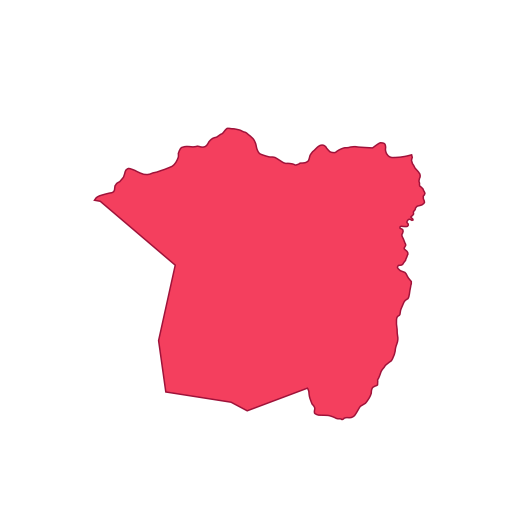 outline of Concepcion del Norte, Santa Bárbara, Honduras, rotated 208°
{"feature_id": "27666195B83533862193287", "entity_name": "Concepcion del Norte", "entity_type": "district", "adm_level": 2, "iso_a3": "HND", "parent_name": "Honduras", "parent_adm1": "Santa Bárbara", "projection": "mercator", "projection_center": [-88.152, 15.199], "detail": "fine", "context": "isolated", "style": "filled", "palette": "rose", "viewbox_px": 512, "rotation_deg": 208, "n_neighbors": 0, "source": "geoboundaries", "source_scale": "gbopen_adm2", "svg_char_len": 6083}
<svg xmlns="http://www.w3.org/2000/svg" viewBox="0 0 512 512"><g transform="rotate(208 256 256)"><path d="M424.8,229.4L419.2,231.2L323.0,210.0L302.3,135.6L271.8,93.6L209.4,115.2L191.1,115.2L148.6,163.4L148.0,163.1L147.3,162.6L145.9,161.4L144.1,158.7L142.9,157.1L141.5,155.6L139.2,153.5L137.8,152.3L136.9,151.6L136.5,151.4L135.2,151.0L134.6,150.7L133.6,150.1L132.9,149.5L132.6,149.1L132.3,148.6L132.2,148.2L132.0,147.6L131.8,147.0L131.6,146.4L131.4,146.0L130.7,144.9L130.1,144.6L129.2,144.5L128.1,144.5L127.0,144.7L126.0,144.9L125.2,145.3L120.8,147.5L118.1,148.8L117.1,149.2L116.1,149.5L114.6,149.8L112.7,150.1L110.6,150.3L108.9,150.3L108.5,150.4L107.6,150.6L106.7,151.0L105.5,151.7L104.8,151.9L104.4,152.0L103.7,151.9L103.3,152.0L102.9,152.3L102.6,152.7L102.3,153.1L102.1,153.8L102.0,154.2L101.6,154.6L101.1,155.1L100.2,155.8L99.7,156.1L98.1,156.8L97.2,157.3L96.3,157.9L95.9,158.3L95.4,158.9L95.0,159.5L94.6,160.1L94.4,160.6L94.1,161.3L94.0,161.9L93.9,162.6L93.7,165.0L93.5,170.7L93.4,171.5L93.3,172.2L93.1,172.6L90.4,177.1L90.2,177.5L90.1,178.1L89.8,179.6L89.6,181.5L89.4,183.6L89.4,185.8L89.5,187.0L89.7,188.3L89.8,188.9L90.6,190.7L91.0,191.8L91.3,193.4L91.3,194.1L91.2,194.8L90.8,195.5L90.0,196.8L88.8,198.1L88.4,198.7L88.2,199.3L89.7,202.5L90.5,203.7L90.4,205.6L90.6,207.9L90.9,210.1L91.3,212.7L91.2,215.0L90.6,217.9L90.4,220.2L89.7,221.9L88.4,224.9L87.3,227.0L87.2,229.3L87.4,231.4L87.6,233.8L88.1,235.9L88.5,237.4L89.2,239.1L89.7,240.7L90.1,242.6L90.4,244.6L90.8,246.7L91.5,248.7L92.3,250.3L95.1,254.2L97.0,257.5L100.0,261.8L102.1,265.8L102.7,267.7L102.6,268.8L102.3,269.8L101.6,270.9L101.5,272.0L102.8,275.8L103.1,277.5L103.7,284.6L103.4,286.8L102.7,288.2L101.8,289.7L101.9,291.6L102.7,294.4L103.9,297.7L104.8,300.7L105.6,303.1L105.8,304.3L106.9,306.4L108.0,306.8L111.1,308.1L112.9,309.2L115.0,310.7L116.8,311.4L121.8,310.8L124.5,311.5L125.6,312.1L126.0,313.2L125.8,314.6L123.6,316.0L122.6,317.3L122.5,318.6L122.4,319.8L121.9,322.3L122.2,323.5L122.4,326.1L122.7,327.8L122.7,328.9L123.3,329.8L123.7,330.3L124.9,331.0L126.1,331.3L126.8,331.4L128.5,331.9L128.9,332.6L128.8,335.6L129.4,336.6L130.6,337.4L133.7,340.1L135.5,341.4L136.6,342.3L137.3,343.5L137.3,345.1L137.7,346.8L138.6,348.0L139.8,348.3L141.2,348.1L141.7,348.1L142.2,348.4L142.5,349.4L141.9,350.3L141.2,350.7L140.3,351.0L138.5,351.8L137.0,352.6L136.2,353.3L136.0,354.7L136.6,355.7L137.7,356.1L138.6,356.6L138.9,357.5L138.8,358.5L138.8,359.1L138.1,360.4L136.7,360.7L135.0,360.7L134.3,361.5L134.7,362.1L135.4,362.4L136.6,362.7L137.0,362.8L137.6,363.1L137.3,364.2L136.8,365.3L136.6,367.1L137.7,368.7L137.7,369.7L137.4,370.5L137.3,372.0L137.7,373.2L137.2,375.4L136.4,376.3L134.9,377.6L133.5,379.0L132.5,381.1L132.4,382.4L133.2,383.5L135.1,385.1L136.4,387.3L136.2,388.5L136.0,389.0L136.3,390.7L137.5,391.7L138.5,392.3L140.2,393.7L142.6,394.4L144.4,394.7L145.2,395.8L145.7,396.9L146.2,397.5L147.3,398.6L148.1,401.4L148.2,402.7L148.7,403.9L149.8,405.3L152.3,406.6L155.0,407.6L156.9,408.3L159.5,410.1L161.1,410.9L163.6,413.4L164.1,415.2L164.3,416.4L166.1,418.4L169.5,415.3L171.3,413.8L172.9,412.6L175.2,410.9L178.9,408.6L181.0,407.4L181.9,406.9L182.5,406.7L183.1,406.5L183.9,406.4L184.7,406.3L185.5,406.4L186.1,406.5L186.8,406.7L188.0,407.3L188.7,407.6L189.6,408.3L190.2,408.9L190.6,409.3L191.4,410.3L191.9,411.2L192.5,412.7L193.2,413.8L194.0,414.7L194.6,415.2L195.1,415.4L195.4,415.5L195.7,415.5L196.1,415.5L196.7,415.4L197.4,415.2L198.9,414.6L199.3,414.4L199.6,414.1L200.2,413.3L200.7,412.5L201.5,411.0L203.1,407.7L203.8,406.2L205.2,405.5L211.3,402.7L215.5,400.8L216.6,400.3L218.5,399.6L219.8,399.1L220.9,398.5L222.2,397.6L223.7,396.6L225.2,395.2L225.9,394.7L226.7,394.2L228.2,393.4L228.7,393.0L229.5,392.3L230.3,391.4L231.0,390.6L232.5,388.6L233.7,386.5L234.3,385.1L234.6,384.7L234.9,384.3L235.5,384.0L236.3,383.6L237.6,383.1L238.8,382.8L239.4,382.8L240.0,382.8L240.5,383.0L242.1,383.5L243.1,383.9L244.2,384.3L245.3,385.0L245.7,385.2L246.2,385.3L246.6,385.4L247.5,385.5L248.2,385.5L249.3,385.2L250.0,384.8L250.8,384.2L251.4,383.6L252.1,382.5L252.6,381.5L253.0,380.5L253.8,377.9L254.1,376.8L254.7,375.3L255.0,374.5L255.1,373.8L255.4,372.0L255.5,370.6L255.4,369.6L254.8,367.2L254.5,365.4L254.5,364.9L254.5,364.6L254.6,364.2L254.8,363.8L255.1,363.2L255.6,362.4L256.1,361.8L256.6,361.3L257.7,360.5L258.9,359.7L260.2,359.0L260.7,358.6L261.0,358.2L261.3,357.4L261.6,357.0L263.4,355.1L263.7,354.9L263.9,354.8L264.4,354.7L265.2,354.7L266.0,354.6L267.1,354.4L269.2,353.7L270.6,353.1L271.3,352.8L272.7,352.0L273.3,351.7L274.0,351.5L274.7,351.4L275.5,351.3L276.5,351.3L282.5,351.8L284.6,351.9L285.3,351.9L286.3,351.7L287.5,351.3L288.6,350.8L290.1,350.0L291.2,349.6L294.4,348.9L296.1,348.6L298.7,348.2L299.8,348.1L300.9,348.1L301.7,348.4L302.6,348.8L303.4,349.3L304.6,350.2L305.8,351.3L306.7,352.3L308.0,353.9L309.1,355.1L310.2,356.0L311.1,356.7L311.8,357.2L313.0,357.9L313.5,358.1L314.3,358.4L315.5,358.7L317.3,359.2L319.7,359.6L321.8,360.1L322.6,360.2L323.4,360.2L324.4,360.0L325.5,359.7L326.1,359.8L326.8,359.7L328.6,359.7L329.8,359.5L330.6,359.3L333.1,358.6L335.3,357.9L335.9,357.6L337.1,357.0L339.9,356.0L340.6,355.6L341.0,355.4L341.3,355.2L341.5,354.9L341.8,354.2L342.2,353.0L342.9,349.3L343.1,348.7L343.4,348.0L343.7,347.5L344.3,346.9L344.5,346.5L345.4,344.7L346.5,342.6L346.8,342.2L348.0,341.2L349.2,339.9L349.6,339.3L350.2,338.1L350.7,336.7L351.2,334.7L351.2,333.9L351.2,332.7L351.5,330.4L352.3,328.7L353.9,327.2L355.9,326.4L357.7,326.0L359.3,325.5L360.6,324.3L362.9,322.7L366.3,321.3L368.6,320.2L370.4,319.0L372.5,317.0L373.1,315.6L373.1,312.9L372.7,310.0L371.9,308.8L371.0,306.9L370.7,304.1L370.7,301.0L371.2,298.2L372.1,295.9L374.1,293.4L377.4,289.5L379.9,286.9L383.0,283.5L386.0,281.0L388.2,278.4L390.3,276.8L393.5,275.4L397.2,274.9L400.4,274.7L403.2,274.7L405.6,274.4L408.1,274.0L409.6,273.5L410.4,272.6L411.2,270.8L411.1,269.1L410.5,266.5L410.0,263.4L410.6,260.4L411.2,257.7L412.3,256.1L413.1,254.6L413.2,253.4L413.4,251.7L412.5,249.3L411.9,247.7L411.9,245.9L412.9,244.3L415.1,242.6L418.0,240.0L420.4,237.7L422.4,235.7L423.8,233.7L424.5,232.1L424.8,229.4Z" fill="#f43f5e" stroke="#9f1239" stroke-width="1.5"/></g></svg>